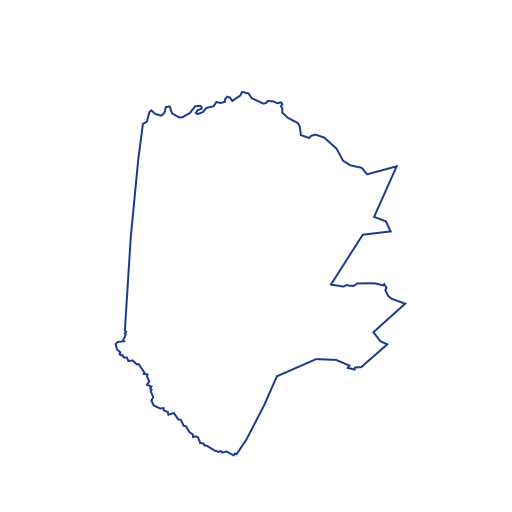 Luanshya, Copperbelt, Zambia (Natural Earth projection), rotated 67°
{"feature_id": "96606910B75415616642530", "entity_name": "Luanshya", "entity_type": "district", "adm_level": 2, "iso_a3": "ZMB", "parent_name": "Zambia", "parent_adm1": "Copperbelt", "projection": "natural_earth1", "projection_center": [28.455, -13.074], "detail": "medium", "context": "isolated", "style": "outline", "palette": "blue", "viewbox_px": 512, "rotation_deg": 67, "n_neighbors": 0, "source": "geoboundaries", "source_scale": "gbopen_adm2", "svg_char_len": 1941}
<svg xmlns="http://www.w3.org/2000/svg" viewBox="0 0 512 512"><g transform="rotate(67 256 256)"><path d="M118.6,189.7L109.1,198.2L103.4,199.4L99.6,204.7L102.1,207.7L104.0,217.2L99.9,218.1L98.1,220.4L99.7,223.4L102.0,224.5L101.3,228.8L98.8,232.3L101.6,236.5L100.3,243.8L102.8,248.9L102.6,254.3L100.9,255.4L99.0,252.8L99.2,248.6L97.9,247.8L96.0,248.6L94.4,253.5L98.6,261.1L99.6,270.0L98.2,272.7L91.9,277.6L84.7,276.9L83.6,280.7L88.5,284.4L89.8,288.4L85.8,293.3L81.1,295.5L81.9,297.9L89.7,304.0L90.2,308.5L121.4,326.8L189.7,363.9L273.3,405.8L275.1,405.2L276.0,407.0L277.6,406.7L281.3,410.9L282.9,410.7L281.1,417.0L282.3,419.6L287.6,420.5L291.8,418.5L292.9,420.0L294.8,419.0L294.9,417.6L297.8,417.3L299.1,414.4L302.8,414.6L304.0,410.3L309.2,408.1L309.6,406.3L319.8,404.3L320.5,405.3L322.7,402.2L324.3,403.4L329.7,403.3L331.9,406.7L335.4,403.3L336.5,405.1L338.4,404.4L339.2,405.8L345.6,405.7L348.3,408.8L353.5,408.6L358.9,403.8L359.9,400.5L362.0,401.3L365.0,398.2L367.9,398.6L368.4,392.9L376.0,391.5L377.4,389.2L383.8,389.0L385.5,386.9L391.9,386.2L395.5,383.9L398.0,384.7L398.7,381.5L400.2,380.2L406.4,380.4L407.9,377.8L410.3,377.5L411.1,375.6L419.0,370.1L421.6,367.0L421.9,364.7L423.8,363.7L424.4,359.5L430.8,354.5L429.7,352.5L430.9,351.4L421.1,336.4L396.3,306.5L374.9,283.8L374.4,240.9L383.0,222.8L393.3,212.9L394.9,215.2L399.0,209.7L397.3,208.5L399.4,202.5L388.6,169.7L383.1,174.8L372.0,177.7L358.2,137.4L348.4,147.8L344.6,149.9L338.0,150.3L336.2,148.3L332.0,149.0L332.9,150.1L327.5,157.5L320.9,173.2L321.7,178.0L318.1,184.4L318.3,187.4L311.6,198.2L278.1,149.4L286.0,122.5L274.9,122.9L266.1,132.0L228.4,91.5L224.2,121.8L216.1,124.3L209.4,133.7L202.4,138.6L188.8,139.9L173.7,146.9L167.4,153.9L167.0,158.3L168.1,161.0L162.3,167.4L154.1,165.2L149.9,165.6L141.3,172.7L134.2,175.8L130.7,174.1L127.8,174.4L126.6,172.4L124.3,173.0L123.7,176.7L120.6,179.4L117.9,184.4L119.1,187.1L118.6,189.7Z" fill="none" stroke="#1e3a8a" stroke-width="2"/></g></svg>